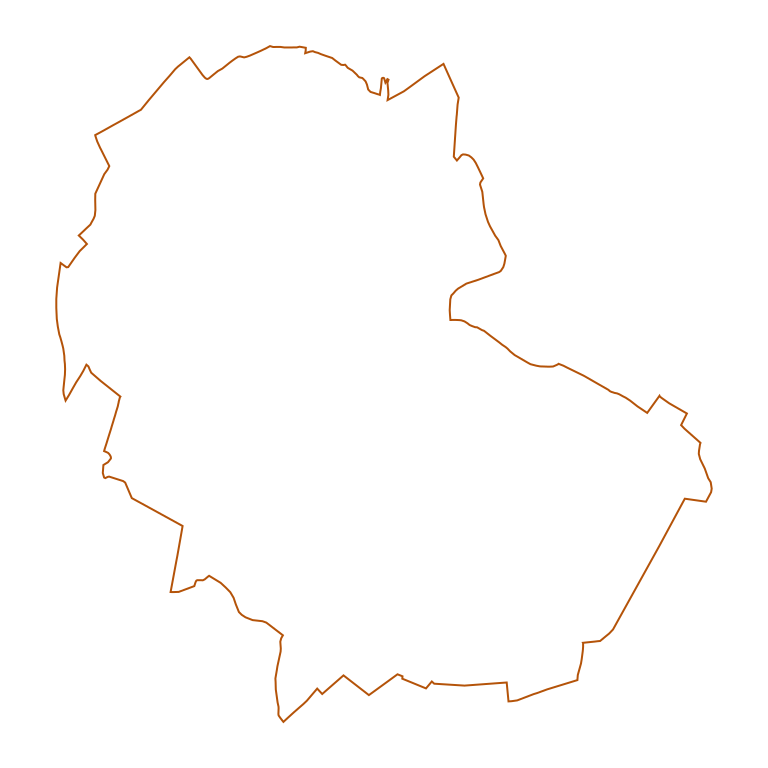 Cherechiu, Bihor, Romania (orthographic projection)
{"feature_id": "2599482B71781010068673", "entity_name": "Cherechiu", "entity_type": "district", "adm_level": 2, "iso_a3": "ROU", "parent_name": "Romania", "parent_adm1": "Bihor", "projection": "orthographic", "projection_center": [22.122, 47.408], "detail": "fine", "context": "isolated", "style": "outline", "palette": "amber", "viewbox_px": 768, "rotation_deg": 0, "n_neighbors": 0, "source": "geoboundaries", "source_scale": "gbopen_adm2", "svg_char_len": 4923}
<svg xmlns="http://www.w3.org/2000/svg" viewBox="0 0 768 768"><path d="M613.0,629.5L659.3,546.0L684.8,498.7L706.0,501.7L711.1,492.2L711.7,488.6L710.7,482.2L708.2,478.2L704.8,468.6L700.2,459.2L698.8,453.9L699.0,450.8L699.7,446.4L700.0,444.3L700.5,442.9L687.3,431.2L684.5,428.7L681.1,425.1L686.9,413.5L669.2,403.3L661.7,398.0L659.8,396.5L659.5,395.8L647.2,412.9L637.5,406.4L630.1,400.6L625.7,397.7L622.9,396.3L621.3,395.4L619.3,394.3L617.1,393.4L614.5,392.9L613.1,392.4L611.4,391.9L609.8,391.1L608.5,389.9L599.4,384.7L583.7,375.7L566.9,367.5L563.4,365.7L558.5,363.8L557.9,364.4L555.9,365.3L553.1,366.5L549.0,366.7L543.4,366.5L540.1,366.4L536.3,365.7L530.5,364.2L527.6,362.6L514.7,355.1L510.2,351.4L507.5,348.6L505.7,347.1L502.1,344.7L499.5,342.6L495.5,339.6L490.5,335.9L484.0,330.8L482.0,330.1L477.1,327.3L475.2,327.2L471.9,326.0L469.6,325.0L467.5,323.3L464.5,321.4L461.2,320.3L459.3,320.1L454.9,319.9L450.4,320.0L450.0,315.0L449.7,310.2L450.3,299.3L451.4,295.4L453.3,293.5L455.7,290.7L458.1,288.6L466.4,283.6L478.2,279.8L494.1,273.9L499.1,272.1L500.8,270.9L503.3,267.1L504.4,263.6L505.8,255.8L505.1,254.3L500.7,246.0L498.4,240.1L495.2,235.7L490.0,226.3L488.0,221.9L485.5,214.2L484.0,207.0L483.6,204.0L482.3,191.8L480.0,184.6L480.4,182.5L483.2,178.4L481.0,173.7L477.9,167.2L475.8,163.0L473.6,159.6L471.4,157.4L468.8,155.5L465.6,154.6L463.0,154.4L461.4,155.2L459.7,157.3L456.9,160.5L453.8,156.7L455.9,125.1L456.5,117.6L456.6,116.4L456.8,114.8L457.4,107.0L457.6,104.5L458.7,97.6L454.4,88.1L443.5,63.9L424.6,76.2L410.4,86.6L403.9,91.3L400.4,93.2L387.6,100.1L388.0,97.5L388.4,94.8L388.2,90.6L387.6,84.2L387.4,82.9L388.0,81.3L388.5,79.7L387.4,79.1L385.4,82.6L384.1,78.2L383.2,77.8L382.3,78.0L381.8,78.6L380.9,88.3L380.3,91.7L379.9,94.9L379.2,94.6L377.7,94.2L374.7,93.2L370.5,91.9L368.2,89.5L367.9,88.3L367.2,85.6L367.0,84.7L365.6,81.4L363.2,78.8L362.3,78.0L359.2,77.3L357.8,76.0L356.9,74.8L352.5,70.6L347.7,67.8L345.9,65.5L345.1,64.7L343.3,65.0L341.2,64.8L335.2,60.4L332.2,58.0L325.6,55.8L320.8,54.1L318.1,52.9L315.0,52.1L312.9,51.2L310.2,51.6L305.2,53.2L305.7,50.5L305.8,47.8L299.6,46.7L296.8,47.4L284.6,47.5L280.2,46.9L273.1,47.0L270.0,46.1L266.4,48.1L260.6,50.9L257.0,52.5L249.9,55.6L246.6,56.8L244.1,57.4L241.7,56.8L239.9,56.4L239.0,56.6L238.2,56.7L237.4,57.2L235.5,58.4L232.4,60.6L229.1,63.1L228.4,63.7L222.3,68.6L217.8,71.1L214.1,74.1L209.1,78.2L208.0,78.8L207.1,79.0L206.1,78.6L204.9,77.7L202.6,75.1L190.7,58.7L189.4,57.3L187.8,58.6L179.1,65.7L178.3,66.3L175.2,69.2L169.6,75.8L164.0,82.1L148.8,100.1L141.8,108.7L140.9,109.8L138.8,110.9L127.6,117.2L113.3,125.1L108.5,127.8L99.3,132.9L95.2,135.1L95.3,135.5L95.4,136.0L97.2,141.4L100.2,148.0L100.8,149.1L109.3,166.1L107.6,169.6L104.3,174.1L95.3,193.7L95.2,199.8L95.4,210.1L95.0,213.9L94.8,215.8L93.6,218.7L91.2,223.0L90.4,224.6L86.2,228.5L81.8,232.7L78.8,235.5L83.0,239.6L86.9,244.0L79.7,251.1L74.6,257.9L68.2,267.1L66.5,267.3L60.6,263.0L58.7,276.4L58.1,280.5L57.1,287.6L56.3,299.0L56.3,307.9L56.8,319.0L57.3,322.7L57.8,326.5L59.3,334.4L60.3,337.3L61.5,341.5L62.6,345.7L63.3,348.7L64.3,355.8L64.5,360.3L64.9,364.0L65.0,366.6L65.1,369.2L64.9,374.9L64.2,381.4L63.3,390.3L63.7,394.1L65.1,399.0L65.6,400.6L69.1,394.9L72.6,388.6L76.2,382.3L80.2,376.2L83.3,370.9L86.4,364.7L88.4,366.4L89.7,369.5L91.2,372.7L100.5,380.8L120.4,396.6L120.0,397.2L119.8,397.7L119.0,400.7L118.7,401.8L118.7,402.2L118.2,404.3L117.8,406.3L116.6,410.2L116.2,411.4L115.1,415.4L113.7,419.8L113.6,420.3L111.6,426.8L111.1,428.6L108.9,435.6L106.3,444.0L104.8,448.6L104.1,451.1L106.7,452.2L108.1,452.9L108.9,453.7L109.7,454.7L110.5,456.1L110.9,457.2L110.9,458.5L108.0,462.2L103.4,465.0L102.8,473.0L104.1,477.5L105.3,478.1L107.7,476.9L109.1,476.6L120.7,480.3L123.2,481.1L125.2,482.6L131.8,498.1L182.6,526.0L180.4,538.6L177.3,556.1L176.6,559.7L170.6,592.0L172.5,592.1L178.7,591.9L194.3,586.1L195.5,582.3L196.3,580.7L197.2,580.2L198.4,580.2L201.1,580.2L202.8,580.3L204.7,579.4L208.0,576.6L209.1,575.8L220.6,582.8L225.7,587.5L230.3,592.2L233.6,597.8L235.8,604.3L238.9,612.0L241.7,614.8L245.5,617.3L249.3,618.8L252.6,620.1L262.4,621.2L264.4,621.9L266.3,622.6L282.9,635.3L281.2,638.3L280.3,641.7L280.8,648.6L280.6,651.6L277.4,666.4L276.8,670.3L275.4,678.5L275.6,682.0L275.8,689.5L277.6,702.5L278.5,706.6L278.6,708.2L278.4,713.9L278.5,714.9L278.7,715.6L280.3,717.9L282.6,720.9L283.4,721.9L287.5,718.1L294.0,712.2L300.3,706.7L303.3,704.1L306.9,700.7L317.2,688.6L322.2,694.0L343.5,675.4L368.9,695.1L388.6,680.8L390.1,679.7L397.5,674.3L402.5,676.3L402.3,678.7L412.6,682.9L420.4,686.1L426.0,688.4L431.8,681.5L434.2,683.7L464.5,685.6L506.7,682.5L508.5,701.4L511.5,701.2L517.2,700.4L520.6,699.1L533.7,694.1L537.0,693.1L547.1,689.4L577.4,680.1L577.8,675.0L581.0,663.5L581.7,659.2L582.2,655.4L582.7,651.6L582.9,649.8L583.0,648.0L583.1,646.9L583.1,645.8L583.1,644.8L583.1,644.3L583.1,643.0L583.0,642.8L594.6,641.6L597.8,641.2L600.1,641.0L605.9,636.2L609.1,633.6L613.0,629.5Z" fill="none" stroke="#b45309" stroke-width="2"/></svg>